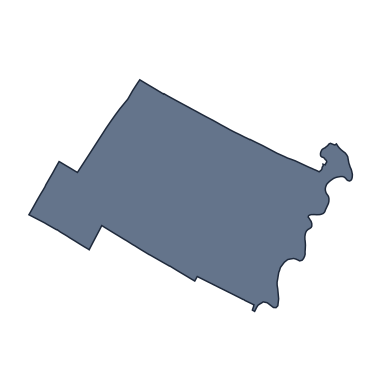 outline of Buesti, Ialomita, Romania, rotated 109°
{"feature_id": "2599482B7791464511961", "entity_name": "Buesti", "entity_type": "district", "adm_level": 2, "iso_a3": "ROU", "parent_name": "Romania", "parent_adm1": "Ialomita", "projection": "natural_earth1", "projection_center": [27.179, 44.521], "detail": "fine", "context": "isolated", "style": "filled", "palette": "slate", "viewbox_px": 384, "rotation_deg": 109, "n_neighbors": 0, "source": "geoboundaries", "source_scale": "gbopen_adm2", "svg_char_len": 3997}
<svg xmlns="http://www.w3.org/2000/svg" viewBox="0 0 384 384"><g transform="rotate(109 192 192)"><path d="M280.1,270.4L277.8,270.1L272.3,269.3L257.4,267.0L253.1,266.4L253.3,265.4L254.0,262.6L254.0,262.4L255.1,257.6L256.4,251.8L257.4,247.1L258.9,240.4L259.0,239.9L259.1,239.1L259.7,236.5L261.0,231.1L261.5,228.4L261.9,226.8L263.0,222.1L264.1,217.0L265.0,212.9L265.2,212.0L265.1,211.8L266.4,204.9L268.2,195.5L269.0,191.1L269.4,189.2L269.2,188.9L271.3,179.5L272.3,174.7L273.3,169.9L274.4,164.8L275.3,160.4L270.2,159.5L273.6,134.1L276.4,112.7L277.0,108.7L276.9,108.2L276.9,107.8L277.1,107.3L277.3,106.8L277.9,101.7L278.2,99.2L278.4,97.8L278.5,96.7L279.0,96.7L279.4,96.7L279.7,96.5L282.0,96.5L283.0,96.5L284.0,96.5L284.1,96.2L284.3,94.8L284.5,93.9L282.3,93.6L280.5,93.4L278.3,92.9L277.6,92.7L276.3,91.8L275.1,90.8L274.2,90.0L272.7,88.9L272.2,84.8L274.7,77.4L274.0,74.9L271.6,73.8L264.8,75.3L255.7,79.4L252.3,81.2L249.5,82.2L246.2,82.7L243.4,83.2L241.6,83.5L239.9,83.8L237.6,83.7L236.0,83.8L234.5,83.8L233.2,83.4L230.4,82.5L228.3,81.8L225.8,80.2L224.7,79.5L223.5,77.5L221.8,74.3L221.6,72.3L221.8,69.7L222.1,67.8L220.7,65.7L218.7,64.9L216.0,64.6L213.9,64.8L211.9,65.6L209.9,66.1L205.4,67.4L203.2,68.3L201.0,69.3L199.9,69.9L198.9,70.2L197.7,70.7L195.0,71.2L193.3,71.3L191.4,71.0L189.5,70.0L188.2,68.8L186.7,67.8L185.4,67.6L184.1,68.0L182.8,68.5L181.7,69.3L180.9,69.9L180.3,70.8L179.3,72.0L178.5,73.0L177.9,74.0L176.7,74.1L175.6,73.4L174.6,72.0L174.1,70.6L173.5,69.0L172.9,66.8L172.2,64.9L171.7,63.7L170.9,62.5L169.9,61.3L169.7,61.1L169.1,60.7L168.0,60.2L167.1,60.0L165.2,60.0L163.5,59.8L161.5,59.6L159.7,59.4L158.4,59.3L156.4,59.5L154.7,60.0L153.8,60.3L152.2,61.2L151.2,62.2L150.1,63.8L148.9,65.2L146.9,66.5L145.2,67.1L143.6,67.3L141.1,67.2L139.5,66.6L137.5,65.6L135.9,64.6L134.5,63.6L133.0,62.5L131.5,60.8L130.5,59.3L128.9,56.3L128.3,54.3L128.4,52.7L129.1,51.0L130.0,49.7L130.4,48.3L130.3,46.6L129.3,45.6L128.2,45.2L126.5,45.2L124.7,45.6L123.1,46.1L122.1,46.7L120.4,47.7L118.8,48.8L116.8,50.7L115.0,52.0L113.6,53.1L111.1,54.5L109.3,55.5L108.0,56.2L106.4,58.0L105.2,59.9L104.3,62.7L103.6,64.6L102.4,67.1L101.2,69.0L100.3,70.1L99.5,71.1L99.9,71.4L100.4,71.8L100.9,72.1L101.1,72.6L101.1,72.9L101.0,74.8L100.9,77.0L101.4,77.5L102.0,78.1L103.0,78.5L103.5,78.6L104.0,78.8L104.6,79.2L105.8,80.0L106.4,80.3L107.0,80.6L107.2,81.0L107.7,81.4L108.1,81.8L108.6,82.2L109.1,82.6L110.1,83.0L111.1,83.1L112.0,83.2L112.7,83.2L113.4,83.1L114.0,83.0L115.3,82.5L116.1,81.9L116.3,81.4L116.6,80.7L116.6,79.9L116.6,79.0L116.8,78.3L117.1,77.7L117.7,76.9L117.9,76.6L118.2,75.9L118.4,75.3L119.2,74.7L119.6,74.4L119.8,74.4L120.1,74.4L120.6,74.6L121.1,74.7L121.9,74.8L122.9,74.8L123.1,77.2L123.6,76.9L124.2,76.6L124.5,76.6L124.8,76.6L125.5,76.8L126.2,77.0L127.4,76.7L128.4,76.7L129.5,77.1L130.5,77.8L131.1,78.0L131.5,78.4L131.2,80.6L131.1,81.7L131.0,82.6L131.0,83.5L130.7,86.4L130.5,89.6L128.9,104.7L128.8,108.9L128.8,112.7L128.4,116.1L128.1,119.4L127.9,121.7L127.7,124.1L126.4,132.3L125.1,140.5L124.3,147.4L123.4,154.3L123.7,154.4L123.2,157.8L123.1,158.9L123.0,160.0L122.2,165.6L122.1,166.6L121.9,168.1L121.8,169.3L121.3,173.1L121.0,175.0L120.8,176.5L120.3,179.1L119.6,183.2L118.9,187.5L118.4,190.0L117.6,194.4L116.2,203.6L111.5,231.9L110.8,236.1L110.1,240.2L109.1,246.1L108.2,250.5L108.7,250.6L105.8,264.2L105.2,267.2L103.3,276.1L102.9,277.9L106.5,278.9L110.9,280.0L115.4,281.1L123.4,282.6L125.3,283.0L128.2,284.1L136.8,287.3L143.4,289.4L151.6,291.8L159.6,294.0L164.1,295.1L171.8,297.0L179.5,298.9L191.7,301.9L210.8,306.7L210.0,310.7L209.1,314.7L208.3,318.7L207.5,322.5L206.7,326.3L206.5,327.6L212.9,328.8L219.4,329.9L223.9,330.8L232.6,332.5L235.0,332.7L239.6,333.6L241.2,334.0L243.6,334.5L250.3,335.8L257.6,337.1L263.0,338.1L266.6,338.8L267.2,334.7L268.6,325.2L269.2,321.2L269.9,317.9L271.8,307.7L271.5,307.2L271.9,306.2L272.7,303.4L273.2,301.1L273.8,298.1L274.5,295.0L275.1,292.8L275.8,289.6L276.3,287.3L276.7,285.6L277.7,281.3L278.9,275.9L279.8,271.3L280.1,270.4Z" fill="#64748b" stroke="#1e293b" stroke-width="1.5"/></g></svg>